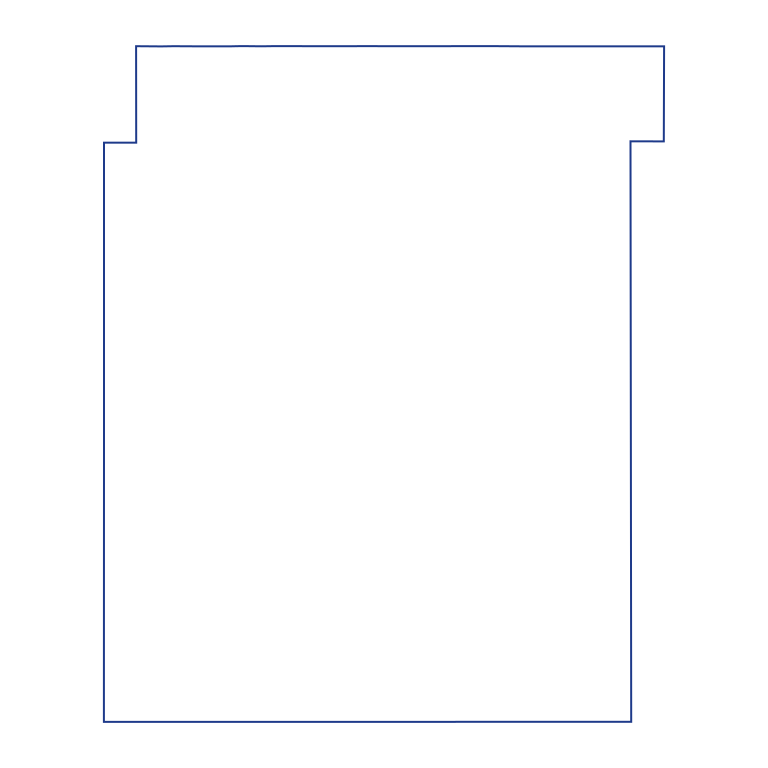 Nowata, Oklahoma, United States of America
{"feature_id": "52423323B4751311767489", "entity_name": "Nowata", "entity_type": "district", "adm_level": 2, "iso_a3": "USA", "parent_name": "United States of America", "parent_adm1": "Oklahoma", "projection": "robinson", "projection_center": [-95.646, 36.798], "detail": "fine", "context": "isolated", "style": "outline", "palette": "blue", "viewbox_px": 768, "rotation_deg": 0, "n_neighbors": 0, "source": "geoboundaries", "source_scale": "gbopen_adm2", "svg_char_len": 464}
<svg xmlns="http://www.w3.org/2000/svg" viewBox="0 0 768 768"><path d="M136.1,46.2L136.2,142.7L104.0,142.7L104.0,453.7L103.9,721.9L631.2,721.8L630.5,141.3L663.8,141.4L664.1,46.3L663.9,46.3L519.3,46.3L504.2,46.2L487.5,46.1L432.9,46.2L379.3,46.2L374.0,46.1L362.3,46.1L354.3,46.2L306.6,46.2L293.1,46.1L275.8,46.1L261.6,46.3L242.5,46.1L236.2,46.2L231.8,46.3L198.6,46.3L192.2,46.3L173.5,46.2L161.3,46.4L136.1,46.2Z" fill="none" stroke="#1e3a8a" stroke-width="2"/></svg>